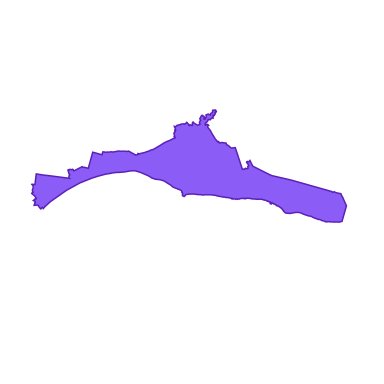 outline of Engures pag., Engures, Latvia, rotated 117°
{"feature_id": "27541924B28821818047362", "entity_name": "Engures pag.", "entity_type": "district", "adm_level": 2, "iso_a3": "LVA", "parent_name": "Latvia", "parent_adm1": "Engures", "projection": "orthographic", "projection_center": [23.212, 57.169], "detail": "fine", "context": "isolated", "style": "filled", "palette": "violet", "viewbox_px": 384, "rotation_deg": 117, "n_neighbors": 0, "source": "geoboundaries", "source_scale": "gbopen_adm2", "svg_char_len": 5971}
<svg xmlns="http://www.w3.org/2000/svg" viewBox="0 0 384 384"><g transform="rotate(117 192 192)"><path d="M274.2,317.0L271.0,316.1L264.7,313.7L251.1,306.5L247.2,304.4L234.7,295.9L224.9,287.3L220.2,282.5L215.0,276.7L213.1,273.9L210.8,271.1L208.6,267.7L207.5,265.6L204.4,260.7L201.9,257.5L199.9,254.3L199.2,252.9L198.8,251.8L197.9,246.4L197.4,238.3L197.5,236.2L197.8,234.0L197.5,232.5L197.4,231.1L197.3,230.6L195.8,226.7L195.4,225.4L195.0,222.9L194.9,221.3L195.1,218.9L195.3,217.4L195.5,213.8L195.7,213.0L196.2,212.0L196.1,211.3L196.2,210.0L195.8,207.1L195.8,206.4L195.9,205.8L195.5,204.5L195.6,203.8L195.5,202.6L195.6,202.1L196.1,201.5L196.4,200.9L197.0,200.9L197.4,199.7L198.6,199.4L199.5,198.9L199.6,198.7L199.6,197.0L198.9,196.6L197.1,196.3L194.9,193.1L193.3,190.1L192.4,188.0L192.2,187.0L191.6,185.5L190.5,183.2L190.0,181.5L188.4,178.8L185.7,173.4L184.2,169.0L184.0,167.5L182.9,163.9L182.5,162.2L181.7,160.5L181.4,159.0L180.3,156.4L179.9,154.4L179.7,153.5L180.0,153.2L179.5,152.9L179.6,152.3L179.6,152.1L179.3,151.8L179.3,151.6L178.9,151.3L178.6,150.5L178.6,149.5L177.8,148.8L177.8,148.3L177.5,148.2L177.0,146.8L176.3,146.3L175.2,144.9L175.2,144.7L174.8,144.4L174.4,142.9L173.8,142.1L174.0,141.6L173.8,141.4L173.5,141.7L173.0,141.1L173.0,140.6L172.5,140.0L171.2,136.9L171.1,136.5L171.2,136.3L171.2,136.1L169.5,132.2L168.8,130.4L168.6,130.2L168.3,129.4L167.9,129.0L167.8,128.7L167.0,127.0L166.5,124.9L166.5,124.0L166.1,123.4L166.0,122.7L165.9,122.2L166.0,121.1L165.7,120.5L165.9,120.3L165.7,119.7L165.6,119.2L165.8,119.0L165.7,118.5L165.7,118.3L165.5,118.1L165.5,117.8L165.9,117.5L165.6,117.3L165.7,117.0L166.0,116.9L166.8,117.0L166.7,116.2L166.7,115.9L165.9,115.6L165.9,115.9L165.5,116.1L165.3,116.0L165.6,115.8L165.3,114.5L165.3,113.3L165.5,113.2L165.3,113.0L165.3,111.2L165.4,110.9L165.8,110.6L165.4,110.3L165.6,109.5L165.5,109.3L165.5,108.9L165.4,108.5L165.5,108.4L165.5,107.3L165.7,106.7L165.7,106.3L165.9,105.9L165.7,105.3L166.6,103.3L167.0,102.6L167.1,101.9L167.6,101.6L168.0,100.3L168.0,99.8L168.3,99.3L167.6,97.3L167.1,96.3L166.9,95.3L163.6,91.0L162.5,89.2L161.5,86.8L161.2,85.1L161.1,84.5L161.3,83.5L161.1,82.7L161.0,81.6L161.0,80.8L160.7,79.9L160.6,78.6L160.4,77.5L159.5,74.4L159.7,73.4L159.6,70.9L159.2,68.8L159.3,68.4L159.1,67.6L159.2,67.1L159.0,66.7L158.5,65.5L158.4,64.9L158.5,63.0L157.9,61.6L158.0,60.4L157.9,59.3L157.4,58.6L157.4,58.2L156.8,57.6L156.2,56.4L156.0,55.4L155.1,53.9L155.0,53.4L154.6,52.7L154.4,52.0L153.2,49.9L152.5,48.2L151.8,46.9L150.1,45.0L134.2,48.1L129.1,54.4L128.6,54.9L128.1,55.6L127.8,56.3L125.9,58.6L127.0,62.4L127.3,64.3L127.2,65.4L128.5,66.6L128.4,67.1L128.1,67.5L136.3,108.9L141.1,128.1L141.3,130.9L141.4,149.6L137.6,154.7L138.3,154.9L138.9,154.8L139.3,155.0L139.5,155.6L139.6,156.5L140.2,156.9L140.5,157.0L140.8,156.8L141.4,155.7L141.6,155.0L141.9,154.6L141.8,154.2L142.7,153.8L142.8,153.4L143.3,153.4L143.4,153.6L144.0,153.9L144.6,153.4L145.4,153.1L145.4,152.9L145.7,152.8L146.3,153.6L146.4,154.2L146.8,154.6L146.7,155.3L147.6,155.5L147.9,155.7L148.0,156.1L148.3,156.2L148.4,156.8L148.9,157.4L132.8,173.6L134.8,176.6L135.0,177.2L134.0,181.0L134.2,182.5L132.9,184.0L133.7,185.6L134.0,187.1L134.7,188.5L135.8,189.5L135.7,191.1L135.6,191.4L135.0,191.3L135.4,192.8L135.0,193.2L135.0,193.3L133.9,196.0L133.4,196.5L130.8,200.9L128.9,203.5L127.1,207.5L125.6,208.0L125.1,207.5L124.6,208.7L125.0,209.1L125.1,209.5L125.6,209.9L126.3,210.1L126.3,210.6L126.2,210.8L125.4,210.9L124.6,211.3L124.2,211.0L122.6,210.6L122.2,210.2L120.3,210.5L120.1,210.4L120.3,210.1L119.6,209.4L119.4,208.6L117.6,208.1L117.3,207.7L116.8,207.6L116.6,207.3L116.6,206.8L115.4,207.3L115.1,207.3L114.9,207.8L114.2,208.1L113.6,207.5L113.6,206.9L111.7,206.8L111.2,207.0L110.9,207.5L110.3,207.0L110.0,207.3L109.9,207.0L109.3,206.8L108.8,207.3L108.7,208.1L108.4,208.1L108.3,208.4L109.8,210.7L111.7,210.0L112.5,210.1L112.9,210.7L114.3,211.0L115.0,210.7L115.3,213.1L117.1,214.5L118.3,213.5L121.1,213.4L121.5,214.3L120.8,214.5L120.6,215.0L119.8,214.9L119.4,215.4L119.1,215.9L119.3,216.4L119.3,216.7L118.9,217.3L119.0,217.7L119.7,218.2L123.2,218.3L124.3,216.7L125.1,217.1L126.6,217.0L127.8,215.8L128.1,216.0L128.2,215.8L129.9,217.2L129.8,221.4L129.1,222.5L129.3,222.9L130.4,223.0L132.6,221.9L132.9,222.3L132.9,224.2L134.0,224.4L134.1,224.7L133.1,226.1L132.3,228.3L134.3,228.9L134.8,229.2L134.7,229.6L135.5,231.1L136.7,232.8L137.5,233.0L137.8,233.9L138.6,234.5L139.5,235.7L140.0,235.5L141.5,236.7L141.5,237.5L142.1,237.1L142.1,236.7L142.3,236.3L143.0,235.6L143.7,235.3L143.9,235.5L144.0,235.3L144.7,235.2L145.2,235.1L145.4,234.9L145.5,234.7L145.4,234.6L145.5,234.6L146.0,234.6L146.3,234.5L146.4,234.8L146.6,234.8L147.2,234.6L147.6,234.8L147.9,234.5L148.3,234.5L148.8,233.9L149.1,233.8L149.3,233.5L149.9,233.1L150.6,233.2L150.8,233.1L150.8,232.6L150.9,231.8L151.3,231.5L153.0,233.0L156.2,235.3L158.5,237.4L161.4,239.5L163.9,240.9L171.5,245.7L173.3,247.7L175.2,249.1L176.7,250.7L178.1,251.9L179.9,254.0L180.6,255.0L182.4,256.6L182.2,256.8L182.1,257.6L182.5,257.7L183.2,257.3L184.7,258.9L184.6,259.1L184.8,259.2L184.5,260.4L184.5,262.9L184.3,267.0L185.1,267.9L185.6,269.1L186.4,270.8L186.7,271.6L188.3,274.4L188.4,275.1L188.9,276.2L192.2,280.4L192.5,281.4L193.0,282.5L193.9,283.6L194.7,285.3L196.0,287.4L196.2,288.6L196.8,289.7L199.7,289.1L201.0,295.7L201.6,298.5L218.0,295.2L218.9,299.4L219.5,300.1L219.2,301.3L226.8,306.8L226.4,307.6L226.4,307.8L226.0,308.1L225.9,308.6L226.6,309.2L226.8,309.5L227.1,310.8L228.1,312.1L228.3,311.7L229.0,312.3L231.7,309.8L232.0,308.7L233.7,308.9L235.4,307.9L235.5,307.6L242.2,326.4L244.6,332.8L246.6,339.0L256.7,335.3L257.7,338.1L257.9,338.2L258.4,336.7L260.1,335.5L262.7,335.1L263.7,334.4L264.4,333.4L264.8,333.7L265.0,334.1L266.1,334.1L266.9,330.5L268.5,327.7L269.3,328.0L269.5,328.6L269.9,328.9L270.5,328.7L270.5,329.0L271.6,329.5L271.6,327.5L272.6,326.8L272.7,327.2L275.6,326.6L274.8,325.4L273.6,323.2L274.6,321.8L275.7,319.3L275.7,319.0L273.7,318.4L274.0,317.2L274.2,317.0Z" fill="#8b5cf6" stroke="#5b21b6" stroke-width="1.5"/></g></svg>